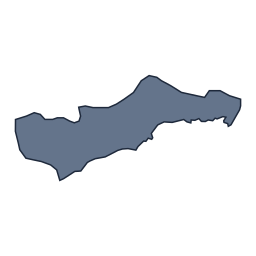 outline of Hwadae, Hamgyŏng-bukto, North Korea
{"feature_id": "82179303B21594878793257", "entity_name": "Hwadae", "entity_type": "district", "adm_level": 2, "iso_a3": "PRK", "parent_name": "North Korea", "parent_adm1": "Hamgyŏng-bukto", "projection": "equal_earth", "projection_center": [129.512, 40.825], "detail": "fine", "context": "isolated", "style": "filled", "palette": "slate", "viewbox_px": 256, "rotation_deg": 0, "n_neighbors": 0, "source": "geoboundaries", "source_scale": "gbopen_adm2", "svg_char_len": 1153}
<svg xmlns="http://www.w3.org/2000/svg" viewBox="0 0 256 256"><path d="M78.7,107.2L79.1,109.3L80.6,116.1L79.0,121.1L74.3,122.8L69.7,121.1L63.5,117.8L57.3,117.8L52.7,119.4L44.9,119.4L40.3,114.4L34.2,112.7L26.4,116.1L15.5,119.5L15.4,131.3L18.3,143.0L19.8,149.8L25.9,158.2L33.6,159.9L41.3,161.5L50.6,164.9L56.7,169.9L59.8,180.4L63.5,178.7L74.8,171.4L78.5,171.2L80.8,171.0L87.3,162.5L89.9,161.0L95.2,158.7L105.2,156.9L117.8,150.4L122.4,149.0L128.1,148.6L135.9,150.1L138.0,146.5L143.6,141.1L145.9,141.3L148.2,138.2L151.7,139.3L152.7,137.8L151.3,133.4L156.8,126.1L157.9,124.8L164.1,121.9L172.2,122.4L183.8,119.5L186.4,121.5L187.0,121.9L190.8,122.9L191.2,120.0L194.9,120.3L198.9,118.6L201.4,121.4L205.3,121.5L208.2,120.0L212.7,120.7L215.1,118.2L217.1,118.9L222.9,116.6L225.9,117.2L223.7,120.8L224.0,122.4L227.7,123.6L228.3,126.3L231.0,124.8L239.3,110.3L239.6,109.7L240.6,105.9L240.6,99.2L229.4,95.7L220.1,90.7L209.3,90.7L204.6,97.4L196.9,95.8L181.4,92.4L170.7,85.7L161.4,80.7L156.8,77.3L149.1,75.6L141.3,80.7L133.5,92.5L124.1,99.2L116.3,104.2L108.5,107.6L100.8,107.6L93.0,107.6L85.3,106.0L78.7,107.2Z" fill="#64748b" stroke="#1e293b" stroke-width="1.5"/></svg>